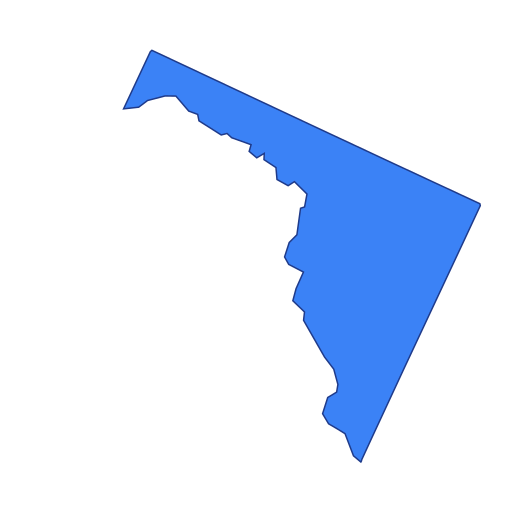 McClain, Oklahoma, United States of America (Robinson projection), rotated 205°
{"feature_id": "52423323B26439939384184", "entity_name": "McClain", "entity_type": "district", "adm_level": 2, "iso_a3": "USA", "parent_name": "United States of America", "parent_adm1": "Oklahoma", "projection": "robinson", "projection_center": [-97.344, 35.096], "detail": "fine", "context": "isolated", "style": "filled", "palette": "blue", "viewbox_px": 512, "rotation_deg": 205, "n_neighbors": 0, "source": "geoboundaries", "source_scale": "gbopen_adm2", "svg_char_len": 822}
<svg xmlns="http://www.w3.org/2000/svg" viewBox="0 0 512 512"><g transform="rotate(205 256 256)"><path d="M438.2,333.4L425.2,341.3L420.0,351.1L406.1,362.6L396.2,367.1L378.2,358.9L368.7,359.7L364.8,354.4L338.7,351.0L334.0,354.8L328.0,352.9L307.5,354.8L306.4,347.9L296.8,345.3L291.9,352.5L289.5,346.7L275.3,344.6L269.3,334.2L256.6,333.3L252.6,339.6L236.0,333.7L232.7,321.0L235.8,318.1L227.9,292.5L231.6,282.3L229.7,267.2L222.8,262.2L206.2,261.5L205.9,243.4L203.7,231.0L188.4,225.8L185.7,217.8L151.2,193.4L137.7,186.3L127.5,174.2L125.4,166.7L131.2,158.1L129.0,141.2L119.3,134.6L109.5,133.7L100.2,132.6L83.2,116.1L73.9,113.6L73.8,114.6L74.1,116.3L74.2,141.0L74.3,218.0L74.0,355.0L74.0,396.4L75.2,398.0L170.7,397.9L263.1,398.0L437.3,398.4L438.1,396.5L438.2,333.4Z" fill="#3b82f6" stroke="#1e3a8a" stroke-width="1.5"/></g></svg>